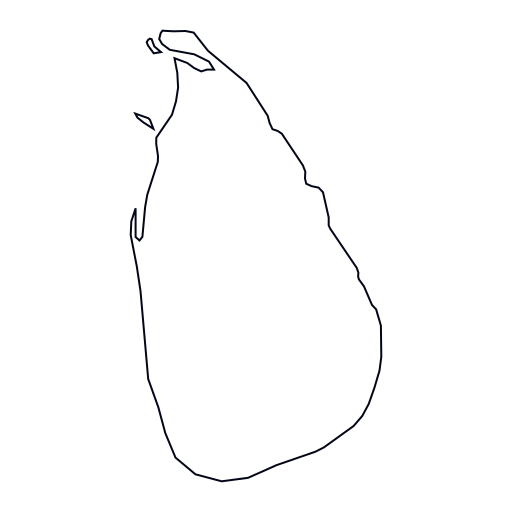 outline of Sri Lanka
{"feature_id": "LKA", "entity_name": "Sri Lanka", "entity_type": "country or territory", "adm_level": 0, "iso_a3": "LKA", "parent_name": "Asia", "parent_adm1": "", "projection": "mercator", "projection_center": [80.512, 7.881], "detail": "fine", "context": "isolated", "style": "outline", "palette": "ink", "viewbox_px": 512, "rotation_deg": 0, "n_neighbors": 0, "source": "natural_earth", "source_scale": "50m", "svg_char_len": 1203}
<svg xmlns="http://www.w3.org/2000/svg" viewBox="0 0 512 512"><path d="M162.4,30.7L173.5,31.3L185.4,31.0L193.7,32.6L207.9,50.7L246.6,83.0L267.7,115.8L269.6,123.0L272.5,129.2L277.6,130.9L281.8,133.7L302.9,165.4L305.3,171.6L305.0,178.5L306.2,183.7L311.7,186.2L318.6,187.6L323.0,192.3L328.7,217.5L328.7,225.4L330.3,228.8L356.8,268.0L358.4,272.8L358.1,276.4L358.9,279.4L364.0,286.4L372.0,305.0L376.1,309.3L380.9,325.6L381.3,356.8L379.5,370.6L374.5,387.5L368.7,404.0L362.3,415.9L353.6,426.0L323.9,447.4L315.4,451.7L276.6,465.1L248.1,477.8L221.7,481.3L195.4,474.3L175.5,457.6L165.3,433.1L158.4,407.5L148.2,379.0L140.5,291.0L136.8,266.4L130.7,235.0L131.3,221.4L135.6,208.3L135.6,237.0L139.5,240.5L142.4,236.8L145.1,207.2L147.3,194.6L157.8,161.9L158.0,156.1L156.2,143.8L156.3,137.7L172.0,114.7L176.0,101.3L178.1,87.6L177.3,72.8L174.5,58.2L187.1,62.9L194.1,68.0L201.2,71.4L207.0,69.6L214.0,69.6L209.0,61.6L194.2,54.3L169.8,49.8L162.1,44.0L159.2,39.0L160.7,33.1L162.4,30.7ZM150.0,119.9L153.4,128.8L143.8,122.7L137.5,117.7L135.3,113.6L148.3,118.2L150.0,119.9ZM161.0,52.1L153.7,53.3L148.0,45.5L146.7,42.2L148.1,39.9L149.7,38.7L151.6,39.1L154.3,46.4L161.0,52.1Z" fill="none" stroke="#020617" stroke-width="2"/></svg>